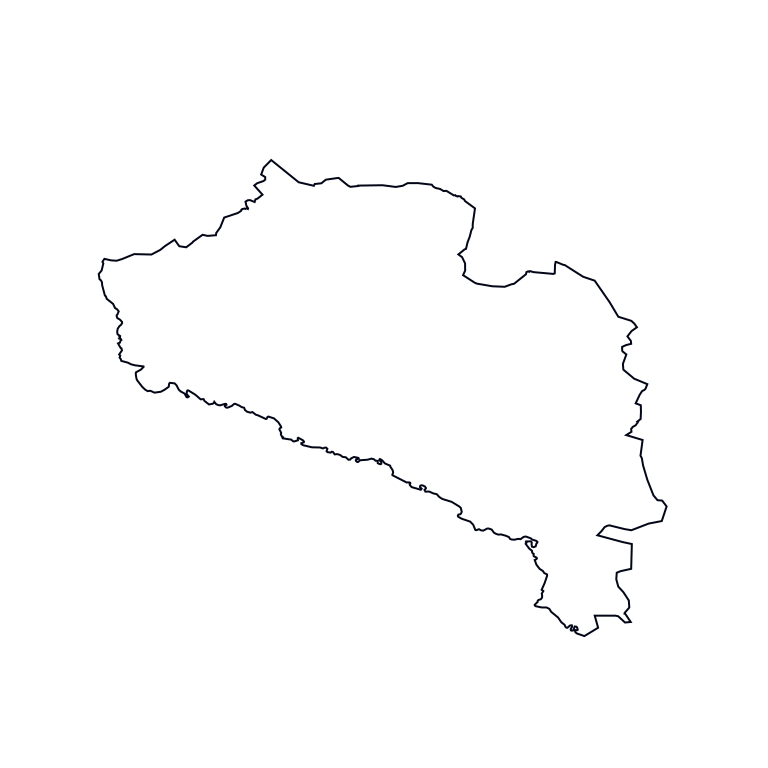 Sakstagala pag., Rezeknes, Latvia, rotated 192°
{"feature_id": "27541924B56476396164581", "entity_name": "Sakstagala pag.", "entity_type": "district", "adm_level": 2, "iso_a3": "LVA", "parent_name": "Latvia", "parent_adm1": "Rezeknes", "projection": "equal_earth", "projection_center": [27.122, 56.527], "detail": "fine", "context": "isolated", "style": "outline", "palette": "ink", "viewbox_px": 768, "rotation_deg": 192, "n_neighbors": 0, "source": "geoboundaries", "source_scale": "gbopen_adm2", "svg_char_len": 6156}
<svg xmlns="http://www.w3.org/2000/svg" viewBox="0 0 768 768"><g transform="rotate(192 384 384)"><path d="M645.8,352.0L638.8,351.6L635.7,350.7L631.6,350.5L622.9,351.2L622.7,350.8L624.7,347.6L629.0,343.9L629.1,343.1L628.4,340.7L627.1,337.5L626.1,336.2L619.8,330.9L616.4,328.8L613.7,327.9L611.0,328.8L606.8,327.8L600.7,330.0L597.5,332.7L594.0,336.5L594.2,339.6L593.8,340.6L588.9,341.1L586.7,339.6L583.5,335.7L581.2,334.4L577.1,333.2L574.4,330.1L573.2,330.1L572.3,331.1L574.9,333.1L575.3,335.9L574.9,336.8L573.9,337.0L566.3,334.3L560.2,330.9L557.3,331.7L556.2,330.2L550.9,327.6L547.6,329.0L546.6,329.9L546.3,331.3L543.9,329.3L541.5,328.9L540.0,329.0L535.2,331.6L534.2,331.6L533.8,330.9L535.2,330.0L535.1,329.2L533.7,328.2L532.1,328.3L528.3,330.9L526.6,333.2L525.6,333.7L521.1,332.8L518.4,331.8L515.9,331.7L514.5,329.6L512.1,328.4L508.7,328.2L506.9,329.2L502.9,327.3L500.5,327.1L492.3,325.2L491.5,325.7L491.1,327.5L490.4,328.1L484.5,327.5L479.4,324.6L475.9,321.0L475.5,320.1L476.8,318.9L476.9,317.9L474.4,314.8L474.5,313.4L473.3,311.8L471.8,311.0L472.2,310.3L471.8,309.8L463.1,310.3L461.1,309.1L460.0,309.1L456.5,311.0L457.1,313.1L456.7,313.6L451.9,312.2L450.4,311.2L450.3,310.3L452.6,308.9L452.4,308.1L450.5,307.3L441.3,307.1L433.4,308.6L430.3,308.3L428.6,309.5L427.3,309.7L425.9,308.8L426.2,306.3L425.1,305.6L421.9,305.8L421.0,306.9L419.8,306.9L417.6,304.9L415.2,305.7L412.3,305.5L409.3,304.1L406.2,304.4L403.0,302.5L401.3,303.1L400.7,304.4L398.2,306.4L393.7,306.4L393.2,305.7L395.6,304.2L395.8,303.7L395.2,302.7L393.9,302.1L393.1,302.4L391.4,304.5L384.4,306.5L380.7,308.4L378.2,308.3L376.4,307.2L374.3,307.5L373.6,305.2L371.1,304.7L370.1,305.3L370.2,306.3L370.9,307.5L372.7,308.5L372.7,309.5L372.3,309.8L370.0,309.0L366.6,306.5L361.0,305.4L360.6,304.4L357.8,301.7L356.8,299.8L356.6,299.0L357.0,296.9L356.7,296.5L341.5,292.4L338.8,293.0L337.8,292.8L337.6,292.2L338.1,291.5L337.7,290.5L335.5,288.9L326.0,288.2L325.4,289.4L327.4,290.6L327.4,291.9L326.5,292.7L324.8,292.8L322.6,292.2L321.5,291.2L321.3,290.5L322.4,288.8L321.1,287.3L317.6,288.2L312.8,287.2L309.5,287.2L306.5,285.0L303.1,283.7L293.4,282.8L284.8,279.8L283.2,278.8L281.4,275.2L281.7,273.3L282.6,272.3L284.1,271.7L284.4,270.4L283.9,269.6L280.1,268.4L271.1,267.3L267.5,264.9L264.3,260.2L263.4,260.2L260.9,261.7L258.5,261.0L256.3,261.3L253.1,264.0L251.6,264.4L248.4,264.0L245.5,261.4L242.8,260.6L240.5,260.5L238.4,261.2L233.3,260.9L229.9,260.2L228.5,258.7L227.0,258.4L224.1,258.8L220.3,260.5L218.2,260.6L215.6,263.5L213.6,264.3L208.5,263.6L206.6,262.6L202.8,262.3L201.2,261.6L201.0,260.8L201.7,259.8L201.9,256.7L203.8,255.5L205.5,255.7L206.2,257.5L206.6,259.9L207.7,260.6L212.3,259.6L212.4,259.0L211.6,258.4L212.2,257.1L207.6,253.1L204.5,251.6L204.2,250.4L203.4,249.3L202.2,248.9L202.0,247.1L201.5,246.6L198.6,245.9L198.2,245.0L198.5,244.4L200.0,243.2L197.3,238.9L193.3,235.5L189.8,234.2L187.9,232.4L184.9,231.6L184.6,230.2L185.5,222.6L187.0,215.5L185.1,214.6L186.1,211.8L185.3,209.9L185.0,207.9L185.8,206.1L188.1,204.8L188.6,203.6L188.4,202.8L190.7,199.4L190.5,198.8L189.4,198.2L183.5,198.2L178.4,199.2L175.5,198.4L173.1,195.9L165.2,191.8L161.0,187.8L157.3,186.0L156.1,184.3L155.1,183.6L153.9,183.7L151.8,186.5L150.1,187.0L149.5,185.7L150.3,183.6L150.3,182.4L149.9,181.9L148.8,181.8L147.7,182.4L147.0,186.5L145.3,186.6L144.4,185.9L143.4,183.9L144.1,183.2L145.5,183.1L145.9,182.3L145.1,180.9L143.5,180.1L135.6,179.1L123.9,190.1L129.7,201.2L109.5,205.5L106.6,205.5L98.7,200.8L93.2,202.5L100.3,209.4L101.0,209.4L101.0,210.2L97.6,216.3L99.5,223.1L106.5,230.1L112.7,234.5L116.2,241.3L117.1,247.8L113.7,250.1L103.8,254.6L108.3,279.0L117.6,279.0L143.8,280.4L140.6,285.4L138.5,289.8L136.5,291.5L134.2,292.6L118.5,292.1L111.6,292.4L96.1,302.5L83.8,307.7L82.1,323.0L87.7,327.8L92.3,327.2L97.3,331.1L106.6,345.2L113.7,358.3L116.4,365.1L118.2,367.2L119.4,383.0L136.4,384.4L132.0,388.7L132.9,391.4L131.7,393.8L129.3,395.9L127.7,399.6L128.4,399.9L125.7,403.1L126.9,410.4L128.4,416.6L133.8,417.4L131.7,426.5L130.1,430.7L128.0,432.4L127.2,433.8L126.4,438.6L140.4,441.2L152.7,447.7L153.0,448.2L154.5,453.4L153.1,463.3L157.5,465.5L158.1,466.6L158.8,469.8L155.3,472.4L150.6,474.7L151.5,477.5L155.8,481.2L152.9,487.2L148.4,492.1L151.7,495.1L155.2,497.2L168.8,498.5L180.3,510.9L199.4,528.9L211.5,530.3L232.2,538.0L233.3,537.8L240.8,539.2L241.5,539.1L241.5,536.3L240.0,527.7L241.2,526.9L261.1,524.5L264.6,524.8L265.3,523.9L266.4,524.2L267.9,523.1L268.0,520.8L277.6,509.1L280.3,507.9L286.1,504.2L298.4,502.1L314.1,501.5L316.2,501.9L329.3,506.9L328.2,511.8L329.8,518.9L334.0,524.3L338.2,526.2L333.2,532.4L331.9,533.2L331.7,540.2L330.8,545.7L330.5,552.8L329.7,555.1L330.5,559.2L331.5,574.7L342.8,579.8L344.0,581.2L346.9,582.2L347.9,583.4L350.6,583.2L350.9,582.7L353.0,583.0L353.4,583.5L354.9,583.0L363.1,585.9L365.9,585.1L369.5,586.4L374.5,586.5L376.9,587.4L378.7,588.9L392.9,587.5L402.6,585.4L406.9,581.8L413.4,579.2L426.9,578.1L450.5,572.7L450.4,572.3L457.8,569.9L460.2,570.5L471.1,576.1L471.8,576.0L483.3,571.8L487.0,567.3L493.4,565.2L493.8,563.3L509.4,563.6L540.9,579.6L546.6,570.7L547.7,563.3L543.2,561.7L542.7,559.2L544.0,557.5L549.7,554.1L552.2,551.2L542.2,543.9L546.3,539.0L548.1,537.9L548.4,535.1L553.2,536.0L555.3,535.5L557.4,533.6L555.7,529.8L553.4,527.5L553.5,526.9L554.8,527.3L556.0,526.4L556.7,526.7L559.1,525.6L559.7,524.9L559.5,524.5L559.9,523.5L562.5,520.9L574.9,513.6L576.7,503.2L579.5,496.9L579.3,494.6L587.3,492.2L592.5,492.2L600.5,483.4L600.7,482.6L605.9,476.6L612.9,476.2L618.8,481.6L626.8,473.5L630.7,468.7L638.4,462.3L655.4,459.1L666.3,451.7L671.1,449.0L676.6,448.2L683.5,448.3L684.8,445.0L683.6,443.6L683.8,436.3L685.9,432.3L684.0,427.3L682.5,426.6L681.1,425.0L680.2,422.0L675.4,412.5L674.2,411.9L673.0,409.7L665.6,406.0L662.8,402.3L661.0,401.8L658.6,399.9L659.2,396.6L659.8,395.6L659.4,394.4L658.5,393.0L655.7,392.1L653.2,390.3L652.8,389.2L653.5,387.2L654.9,385.5L656.0,382.5L655.8,379.3L654.9,377.2L652.1,376.1L652.0,375.5L652.5,375.2L652.0,374.6L652.3,374.1L651.4,373.6L651.8,373.3L650.7,373.1L650.1,372.5L650.6,372.1L651.0,369.4L652.6,368.4L649.0,364.4L648.2,364.3L647.3,362.4L649.2,357.8L647.9,356.9L648.1,354.8L646.5,353.5L645.8,352.0Z" fill="none" stroke="#020617" stroke-width="2"/></g></svg>